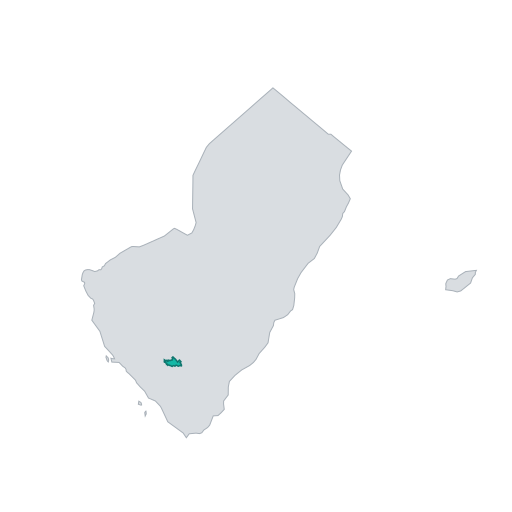 Ans, Dhamar, Yemen (highlighted), rotated 329°
{"feature_id": "15242507B14895692006944", "entity_name": "Ans", "entity_type": "district", "adm_level": 2, "iso_a3": "YEM", "parent_name": "Yemen", "parent_adm1": "Dhamar", "projection": "equal_earth", "projection_center": [44.359, 14.441], "detail": "fine", "context": "in_parent", "style": "filled", "palette": "teal", "viewbox_px": 512, "rotation_deg": 329, "n_neighbors": 0, "source": "geoboundaries", "source_scale": "gbopen_adm2", "svg_char_len": 5080}
<svg xmlns="http://www.w3.org/2000/svg" viewBox="0 0 512 512"><g transform="rotate(329 256 256)"><path d="M391.9,215.3L376.8,222.5L372.8,225.7L369.3,229.6L366.6,234.6L364.8,243.3L366.4,251.2L366.3,255.5L362.4,258.3L358.8,260.4L354.7,263.5L352.3,264.2L350.3,266.7L347.9,268.4L339.5,272.9L330.2,276.4L315.5,280.6L309.9,285.1L304.7,288.2L296.9,289.1L286.1,293.4L280.1,296.8L272.7,302.4L271.0,304.2L269.8,308.3L267.5,311.9L263.0,317.8L259.7,320.8L257.4,320.9L253.0,322.6L247.9,322.9L239.1,320.8L236.9,322.3L235.1,324.6L228.4,328.6L221.6,336.6L216.6,338.7L208.5,341.2L202.8,344.6L199.0,345.9L194.2,346.6L185.1,346.3L176.5,347.5L168.6,349.8L164.8,354.0L160.6,360.8L153.6,363.6L152.0,366.1L149.8,371.1L145.3,372.4L141.2,373.2L137.0,371.0L129.2,377.1L126.2,378.1L121.7,378.3L118.5,379.6L116.2,379.2L113.3,376.9L107.2,374.0L102.7,375.9L102.4,370.2L95.0,352.7L96.6,337.5L96.6,335.3L95.1,328.5L90.7,322.4L90.9,314.5L89.4,308.9L88.3,303.1L88.6,301.6L88.7,300.2L86.5,291.3L85.8,289.5L85.5,287.7L86.2,286.3L86.2,284.6L85.0,281.9L83.8,276.7L77.8,272.7L79.0,268.9L80.2,270.2L81.8,271.3L82.1,268.9L82.1,267.0L79.7,255.5L83.4,240.2L82.2,226.5L87.9,220.9L89.3,219.2L90.1,217.8L91.4,214.6L93.3,213.6L93.9,210.3L93.8,208.7L92.7,207.2L91.8,203.4L92.1,198.5L92.4,196.5L93.0,192.8L95.0,191.4L95.5,190.3L93.9,187.9L94.1,186.5L97.4,182.6L98.8,181.4L100.9,180.2L102.6,180.2L104.6,180.9L106.3,182.0L108.0,184.0L109.8,186.3L112.5,187.1L114.4,186.9L115.9,187.9L117.2,187.4L118.6,186.2L121.0,186.3L123.1,185.0L129.1,184.3L134.8,184.7L140.8,183.6L146.8,183.7L152.9,183.8L154.2,183.9L155.6,184.6L160.7,188.1L164.5,188.8L172.3,189.8L180.6,190.8L187.8,191.7L193.9,190.9L199.0,190.2L200.4,190.3L201.9,192.5L205.0,197.9L207.9,202.9L212.9,203.2L216.2,201.3L219.7,198.6L221.9,196.5L224.3,188.3L225.9,182.9L229.6,176.9L232.7,171.9L236.8,165.3L239.1,161.6L243.5,154.4L247.8,151.5L256.1,146.1L264.2,140.7L269.4,137.3L273.9,135.7L281.5,134.3L290.4,132.7L299.2,131.1L308.7,129.4L319.2,127.5L326.4,126.2L335.6,124.5L343.3,123.1L350.1,121.9L357.1,120.6L358.5,124.6L359.9,128.6L361.3,132.6L362.7,136.7L364.0,140.7L365.4,144.7L366.8,148.7L368.2,152.7L369.6,156.8L371.0,160.8L372.4,164.8L373.8,168.9L375.2,172.9L376.6,176.9L378.0,180.9L379.4,185.0L380.7,188.9L382.9,190.2L384.2,194.0L386.1,199.3L388.0,204.6L389.9,209.9L391.9,215.3ZM414.7,378.4L416.6,378.9L419.4,377.5L427.6,377.3L437.5,381.8L435.6,383.0L434.5,384.7L430.2,386.2L426.0,389.7L413.5,391.4L409.9,390.4L406.8,387.1L401.2,382.6L403.3,379.8L403.8,378.6L404.6,377.3L407.7,375.2L410.9,375.5L414.7,378.4ZM81.6,324.0L81.2,324.8L80.6,324.6L78.8,322.5L80.8,320.1L81.9,322.3L81.6,324.0ZM75.8,269.8L74.8,270.7L74.5,269.1L75.2,265.6L76.2,264.5L76.8,267.2L76.4,268.6L75.8,269.8ZM80.6,334.8L78.6,336.1L80.0,332.9L81.4,332.2L81.8,332.3L80.6,334.8Z" fill="#d9dde1" stroke="#a8b0b8" stroke-width="1"/><path d="M132.8,310.5L133.0,310.6L133.3,310.6L133.5,310.6L133.8,310.6L134.1,310.6L134.4,310.7L134.5,310.7L134.8,310.8L135.0,311.4L135.1,311.6L135.3,311.7L135.4,311.8L135.5,311.8L135.7,311.5L135.9,311.1L136.0,310.9L136.1,310.1L136.1,309.4L136.1,308.8L136.0,308.2L136.7,308.1L136.9,308.1L137.2,308.0L137.0,306.9L136.8,305.8L136.6,305.8L136.4,305.8L136.2,305.9L135.6,306.2L134.8,306.4L134.7,306.4L134.1,306.5L134.1,306.1L134.1,305.1L134.0,304.2L133.9,304.1L133.8,303.8L133.8,303.7L133.8,303.3L133.8,302.9L133.7,302.8L133.6,302.4L133.5,302.2L133.4,301.8L133.3,301.4L133.2,301.2L133.1,300.9L133.1,300.7L133.0,300.4L133.0,300.2L132.9,300.0L132.8,299.7L132.7,299.7L132.0,299.9L131.8,299.9L131.8,300.1L131.7,300.3L131.7,300.5L131.6,300.8L131.7,301.0L131.4,301.3L131.2,301.3L131.0,301.5L130.8,301.8L130.7,301.9L130.6,302.0L130.4,302.0L130.2,301.9L130.1,301.7L129.6,301.5L129.3,301.5L129.1,301.6L128.9,301.6L128.5,301.3L128.3,301.1L128.1,301.0L127.8,300.7L127.8,300.8L127.7,300.8L127.4,300.9L127.2,300.8L127.1,300.7L126.9,300.7L126.7,300.7L126.7,300.8L126.4,300.9L126.0,300.9L125.9,300.8L125.9,300.6L125.9,300.4L126.0,300.3L126.2,300.2L126.2,299.9L126.0,299.6L125.8,299.4L125.7,299.4L125.4,299.5L125.2,299.5L124.9,299.4L124.7,299.3L124.6,299.2L124.5,298.7L124.4,298.6L124.3,298.3L124.1,298.0L124.0,297.8L123.9,298.0L123.7,298.3L123.6,298.5L123.4,298.7L123.4,298.8L123.2,299.0L123.0,299.3L123.1,299.5L122.9,299.9L123.1,300.0L123.2,299.9L123.3,299.8L123.5,299.7L123.6,299.9L123.6,300.0L123.8,300.2L123.8,300.5L123.8,300.8L123.8,301.1L123.7,301.2L123.7,301.3L123.6,301.5L123.6,301.8L123.6,302.0L123.7,302.6L123.6,302.8L123.9,302.8L124.1,302.9L124.3,303.0L124.4,303.3L124.4,303.5L124.3,303.9L124.2,304.1L124.3,304.1L124.5,304.2L124.7,304.4L124.9,304.5L125.1,304.6L125.3,304.8L125.6,305.2L125.7,305.4L125.8,305.6L126.0,305.8L126.4,305.9L126.5,306.0L126.8,306.9L126.9,307.0L127.0,307.1L127.2,307.3L127.3,307.5L127.5,307.5L127.9,307.4L128.2,307.4L128.3,307.4L128.5,307.4L128.9,307.5L129.1,307.6L129.3,307.9L129.4,308.0L129.5,308.2L129.5,308.3L129.7,308.6L129.8,308.7L130.0,308.7L130.4,308.6L130.6,308.5L131.0,308.4L131.3,308.5L131.5,308.6L131.7,308.8L131.8,308.9L131.9,309.2L132.0,309.4L132.1,309.6L132.3,310.0L132.5,310.3L132.8,310.5Z" fill="#14b8a6" stroke="#0f766e" stroke-width="1.5"/></g></svg>